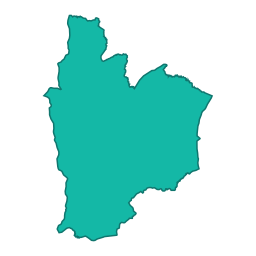 outline of Na Yung, Udon Thani, Thailand
{"feature_id": "78962969B67652065328847", "entity_name": "Na Yung", "entity_type": "district", "adm_level": 2, "iso_a3": "THA", "parent_name": "Thailand", "parent_adm1": "Udon Thani", "projection": "natural_earth1", "projection_center": [102.174, 17.939], "detail": "fine", "context": "isolated", "style": "filled", "palette": "teal", "viewbox_px": 256, "rotation_deg": 0, "n_neighbors": 0, "source": "geoboundaries", "source_scale": "gbopen_adm2", "svg_char_len": 5676}
<svg xmlns="http://www.w3.org/2000/svg" viewBox="0 0 256 256"><path d="M212.1,95.9L204.5,92.7L203.9,92.0L201.7,92.0L201.2,91.2L200.2,90.8L199.6,89.8L199.1,89.8L197.7,88.5L197.4,88.7L197.1,88.4L196.5,88.4L196.2,88.6L195.0,87.7L194.6,87.8L194.2,87.0L194.0,87.3L192.4,87.1L192.2,86.4L192.4,85.7L192.1,85.1L192.1,83.6L191.7,83.0L189.5,82.6L189.3,81.9L189.6,81.2L188.1,80.7L188.0,79.8L187.6,80.1L187.3,80.0L186.8,80.6L186.1,80.4L186.0,79.8L186.3,79.2L185.9,79.4L185.9,78.9L185.5,77.9L184.1,77.7L183.3,76.8L182.1,77.5L181.2,76.3L180.9,76.9L180.2,76.4L180.0,77.0L179.4,76.6L179.0,77.1L178.0,75.9L177.5,76.0L177.2,75.1L176.8,75.3L176.3,75.3L176.0,75.9L175.7,75.8L175.6,75.3L175.2,75.4L174.9,76.2L174.4,76.8L173.8,76.5L172.3,77.0L171.8,76.2L171.3,76.5L170.8,75.6L170.1,75.9L169.8,75.5L169.5,75.9L168.9,75.4L168.5,76.1L168.5,75.4L168.0,75.1L167.9,74.6L167.8,75.2L167.3,75.4L166.8,74.6L165.9,74.6L165.1,73.1L164.9,71.9L163.3,69.7L163.7,69.3L163.7,68.9L164.0,68.5L164.6,68.2L164.7,67.7L165.2,67.3L165.2,66.6L165.6,66.3L166.4,66.3L166.9,65.4L166.6,64.7L165.1,64.3L163.6,64.4L160.6,66.5L157.1,68.4L154.6,70.3L151.8,70.6L143.6,75.9L139.6,80.2L134.4,88.7L134.0,88.4L134.4,87.4L133.5,86.7L132.7,86.6L132.8,87.0L132.4,87.2L131.5,86.6L130.8,87.0L130.5,86.8L130.2,87.1L129.7,87.0L129.0,85.4L129.6,84.2L128.8,84.0L128.6,81.9L128.1,81.9L127.8,81.2L128.1,79.5L127.6,78.5L127.9,78.4L127.9,78.1L127.4,77.7L126.6,77.7L126.4,77.1L125.8,77.1L124.4,76.5L124.2,75.9L124.2,75.2L124.8,74.1L125.1,72.6L125.5,72.4L125.7,71.5L125.5,71.0L125.7,70.5L125.4,69.7L124.5,69.2L125.0,67.0L125.6,66.4L125.1,66.0L125.0,65.2L126.0,64.2L126.1,63.3L126.7,62.9L127.2,61.4L127.3,60.7L126.7,59.9L126.5,58.7L127.3,57.2L127.1,57.0L127.3,55.8L126.3,55.1L126.0,54.3L125.6,54.2L124.8,54.5L123.4,53.9L123.1,54.1L122.7,54.9L121.5,55.1L120.0,54.6L119.5,54.8L119.0,54.4L118.3,54.1L117.5,54.5L117.2,54.3L116.5,55.1L116.0,54.7L115.5,55.2L115.0,55.2L113.6,56.0L113.3,56.7L112.8,56.7L112.4,57.1L111.4,57.3L109.6,58.5L108.3,58.8L107.5,59.5L106.5,59.6L106.1,60.1L103.4,61.3L102.2,60.9L101.1,58.8L100.9,57.3L101.1,55.7L104.5,51.0L104.6,50.4L105.3,50.0L105.4,49.5L106.0,49.1L105.9,48.0L106.7,45.7L105.9,45.0L106.0,43.9L106.9,43.3L106.6,40.9L106.9,39.8L106.5,39.1L105.8,39.4L105.5,37.6L104.8,37.7L104.4,36.7L103.7,36.4L104.1,35.4L103.7,33.9L103.9,32.8L103.6,32.2L104.0,30.5L103.8,29.8L100.2,27.5L98.2,25.9L98.8,25.0L98.5,24.1L98.6,23.4L99.4,22.5L99.7,21.5L99.6,21.2L98.8,20.7L98.6,18.8L96.9,18.0L96.1,17.9L95.5,18.3L95.1,19.9L93.3,20.0L91.1,20.9L89.3,20.6L87.8,21.0L86.7,20.1L85.6,18.4L83.5,18.2L82.1,17.4L81.6,16.9L80.6,16.7L80.2,16.3L79.6,17.0L79.1,16.6L78.1,16.7L77.5,17.6L77.1,17.5L76.7,16.2L75.6,16.5L74.8,16.1L73.5,16.2L72.7,16.9L71.2,15.4L69.4,15.5L68.0,20.2L67.7,23.1L67.8,24.1L69.5,28.7L69.8,35.3L69.4,38.4L67.7,42.4L68.2,45.8L68.2,48.4L69.1,50.2L68.7,53.5L68.2,54.2L66.2,55.1L65.8,55.4L64.0,59.2L62.4,60.3L60.9,62.1L58.5,63.0L57.8,63.9L59.1,67.6L59.1,71.4L58.1,77.2L58.1,78.8L59.0,82.8L58.9,85.6L61.1,89.2L60.4,89.5L57.5,88.3L54.0,88.3L51.1,87.7L50.3,87.8L49.2,88.7L47.8,91.6L43.9,95.7L47.4,97.0L49.3,98.5L49.8,100.6L49.9,102.7L51.3,104.9L51.1,106.3L50.7,106.9L49.3,108.0L49.6,111.6L49.6,114.9L51.0,119.0L53.6,123.3L53.9,128.4L53.5,131.1L53.5,132.2L53.9,133.9L55.2,137.5L54.5,139.7L54.6,140.4L56.1,143.1L57.2,147.7L58.8,151.6L58.9,153.4L58.7,155.0L57.0,158.9L57.8,166.6L58.2,168.4L58.7,169.5L59.2,170.0L60.3,170.3L61.9,171.3L63.6,174.9L66.8,177.5L67.6,178.5L67.5,179.3L66.0,182.9L66.1,186.7L65.2,191.3L65.5,194.1L67.1,196.5L67.3,197.7L66.9,201.1L65.6,205.4L65.6,206.5L66.5,208.0L65.7,209.7L65.9,210.8L65.0,212.7L64.6,215.6L64.6,217.5L64.2,219.3L62.1,221.5L61.4,223.7L60.5,224.5L58.6,225.5L57.3,228.7L57.4,229.6L57.9,230.3L59.1,232.7L61.8,232.2L66.6,228.4L67.7,227.9L69.7,227.6L70.5,228.3L71.7,228.6L73.1,230.3L73.8,230.4L74.4,231.4L74.9,231.7L74.7,232.9L75.3,233.3L75.4,233.9L74.9,234.1L74.9,234.6L74.6,234.7L74.3,235.3L75.7,236.8L76.1,236.3L76.9,237.1L77.2,236.8L77.3,237.7L78.5,237.8L78.4,237.2L78.6,237.4L78.8,237.1L79.4,237.8L79.9,237.4L81.4,237.3L85.3,236.1L86.3,236.5L88.7,238.1L91.5,240.3L93.5,240.6L94.9,240.4L97.4,238.9L103.1,237.2L104.5,236.6L116.8,235.2L117.0,234.7L116.5,231.7L116.9,229.5L117.2,229.0L119.3,228.0L119.6,224.5L120.2,223.4L121.5,222.4L124.0,222.8L124.9,222.5L126.1,221.3L129.0,219.0L129.3,218.3L132.3,218.3L132.4,218.0L132.4,216.6L133.6,216.0L134.1,215.2L135.2,214.7L135.9,213.8L136.0,213.4L135.8,212.9L133.6,211.2L133.2,208.9L132.7,207.6L130.2,205.4L128.7,202.8L130.5,200.7L131.2,200.4L131.5,198.8L131.8,198.2L133.5,197.7L136.5,193.9L139.3,192.5L140.8,191.5L142.7,193.0L143.4,192.5L143.4,191.2L144.2,190.2L145.7,190.0L146.8,188.4L147.5,187.9L149.4,187.5L151.4,187.6L152.3,188.1L154.4,187.7L157.1,189.4L157.8,189.5L159.0,189.6L160.9,188.7L161.7,189.4L162.0,190.3L162.9,191.0L164.7,190.9L165.5,189.9L165.8,188.8L166.8,188.8L167.1,189.7L169.1,188.5L169.6,188.6L170.4,189.1L171.1,190.3L174.7,190.3L175.3,189.7L175.5,187.6L175.8,187.2L176.4,187.2L177.1,186.0L176.9,184.7L177.5,183.4L177.2,183.1L177.1,182.4L177.6,182.0L178.3,182.1L178.6,181.4L179.8,181.1L180.1,180.8L179.7,180.4L180.0,180.3L180.4,179.4L181.1,179.2L181.3,178.8L182.0,178.6L182.2,178.2L182.8,178.3L183.8,177.0L184.0,176.3L185.2,175.5L185.6,174.8L186.3,174.5L186.5,174.0L186.0,174.0L186.0,173.7L186.4,173.4L187.0,173.5L187.9,172.9L188.6,173.6L189.4,173.9L190.0,173.5L190.3,172.8L192.6,171.2L195.8,170.4L199.0,168.8L198.2,165.8L197.8,162.8L198.4,158.8L197.9,157.4L197.6,153.0L197.0,149.0L196.9,141.4L197.2,140.8L199.9,138.8L200.0,138.4L197.1,135.9L197.1,133.6L197.9,126.0L198.9,123.2L199.4,119.5L201.3,114.6L201.6,113.1L202.4,111.5L204.9,109.2L205.7,108.0L207.5,104.1L211.2,98.1L212.1,95.9Z" fill="#14b8a6" stroke="#0f766e" stroke-width="1.5"/></svg>